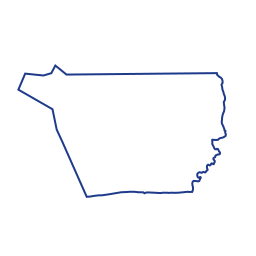 the district of Colonia Valdense, Colonia, Uruguay, rotated 350°
{"feature_id": "84410073B47178985540084", "entity_name": "Colonia Valdense", "entity_type": "district", "adm_level": 2, "iso_a3": "URY", "parent_name": "Uruguay", "parent_adm1": "Colonia", "projection": "orthographic", "projection_center": [-57.146, -34.39], "detail": "fine", "context": "isolated", "style": "outline", "palette": "blue", "viewbox_px": 256, "rotation_deg": 350, "n_neighbors": 0, "source": "geoboundaries", "source_scale": "gbopen_adm2", "svg_char_len": 2760}
<svg xmlns="http://www.w3.org/2000/svg" viewBox="0 0 256 256"><g transform="rotate(350 128 128)"><path d="M225.1,89.4L192.1,83.9L76.7,64.7L67.3,53.9L62.0,60.7L53.8,61.6L36.2,56.6L26.7,71.2L56.9,96.4L57.5,117.2L60.8,129.6L75.4,188.6L76.4,188.6L78.1,188.9L79.6,188.9L81.8,189.0L84.0,189.0L88.1,189.3L90.3,189.7L91.0,189.8L98.7,190.0L110.4,190.1L114.7,190.7L119.3,191.2L123.5,192.0L126.8,193.0L130.3,193.7L131.9,194.0L132.4,194.5L132.8,195.1L135.0,194.7L135.7,194.8L136.3,194.9L136.6,195.0L137.4,195.1L149.1,197.8L150.7,197.7L153.4,198.2L155.2,198.5L156.9,199.0L158.8,199.2L160.0,199.3L161.3,199.7L162.6,199.9L164.3,200.2L165.3,200.3L166.3,200.5L167.7,200.6L176.0,201.2L177.0,201.6L178.5,201.8L179.1,201.9L179.5,201.9L180.0,202.1L181.0,200.6L181.5,199.3L181.7,196.9L181.5,195.8L181.6,194.8L181.7,193.6L182.2,192.5L182.8,191.8L183.6,191.5L185.8,192.1L188.3,192.8L189.1,192.4L189.6,191.6L190.1,190.7L190.7,190.0L191.0,189.7L191.0,189.2L190.8,188.9L190.5,188.8L190.1,189.0L189.2,189.3L188.8,189.2L188.4,188.9L188.1,188.2L188.0,187.2L188.0,186.2L188.2,185.5L188.6,185.0L189.3,184.4L190.2,184.1L190.6,184.0L191.1,184.1L192.2,184.7L192.8,184.9L193.2,184.8L193.6,184.6L194.2,184.3L194.6,184.3L195.4,184.8L196.0,185.1L196.6,185.1L196.9,184.9L197.3,184.4L197.8,183.8L198.3,183.6L198.8,183.4L199.1,183.1L199.2,182.6L199.0,182.0L198.8,181.2L198.9,180.4L199.0,179.9L199.3,178.9L199.8,178.4L200.3,178.1L200.7,178.1L201.0,178.3L201.3,178.6L201.7,178.9L202.2,179.0L202.5,179.0L202.8,178.8L203.2,178.4L203.5,177.9L203.9,177.5L204.4,177.4L205.0,177.8L205.5,178.4L205.8,178.5L206.2,178.4L206.5,178.0L206.8,177.3L207.4,176.7L207.6,176.2L207.7,175.5L207.5,175.0L207.3,174.6L206.9,174.2L206.7,173.7L206.7,173.1L206.9,172.6L207.3,172.3L208.1,172.1L208.7,171.9L209.0,171.4L209.1,170.9L209.3,170.4L209.7,170.2L210.3,170.1L210.9,170.0L211.5,169.7L212.0,169.6L212.7,169.8L213.3,169.8L213.7,169.6L214.1,169.3L214.3,168.5L214.2,167.8L213.9,167.3L213.4,166.2L213.1,164.7L212.7,164.2L212.1,164.0L211.7,164.2L211.0,164.3L210.4,164.1L209.7,163.5L209.4,162.6L209.0,160.9L208.7,159.9L208.3,159.0L208.3,157.7L208.6,156.9L208.7,155.3L208.8,154.4L209.3,154.2L210.5,154.6L211.6,154.9L214.4,155.3L214.7,155.2L215.7,154.4L216.9,154.0L219.6,153.9L221.6,153.3L222.7,152.7L223.3,151.3L222.9,149.5L223.4,148.0L222.9,147.7L222.6,147.0L222.8,146.7L222.8,146.4L222.4,144.5L222.2,143.3L221.8,141.8L221.3,139.9L221.3,138.4L221.7,137.2L222.0,136.3L222.2,135.1L223.2,132.1L224.3,130.1L225.6,128.0L226.2,126.1L226.7,124.4L226.6,123.6L226.6,123.0L226.7,121.0L226.9,118.9L228.4,117.2L228.8,115.4L228.8,113.5L228.4,111.6L228.2,110.3L228.2,109.1L227.7,106.7L227.8,104.1L227.6,101.6L229.0,100.0L229.3,97.5L228.9,95.7L228.2,94.6L226.7,93.3L225.0,91.0L225.1,89.4Z" fill="none" stroke="#1e3a8a" stroke-width="2"/></g></svg>